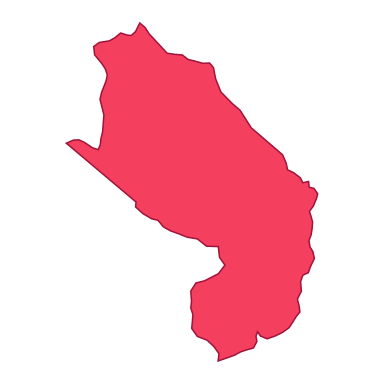 outline of Nerópolis, Goiás, Brazil
{"feature_id": "56859067B33063676533172", "entity_name": "Nerópolis", "entity_type": "district", "adm_level": 2, "iso_a3": "BRA", "parent_name": "Brazil", "parent_adm1": "Goiás", "projection": "albers", "projection_center": [-49.185, -16.43], "detail": "fine", "context": "isolated", "style": "filled", "palette": "rose", "viewbox_px": 384, "rotation_deg": 0, "n_neighbors": 0, "source": "geoboundaries", "source_scale": "gbopen_adm2", "svg_char_len": 1496}
<svg xmlns="http://www.w3.org/2000/svg" viewBox="0 0 384 384"><path d="M194.5,61.0L187.9,59.4L182.4,55.0L174.4,54.3L167.1,53.2L149.1,33.8L145.1,27.5L139.8,23.0L135.5,31.6L131.3,35.5L127.0,35.0L120.6,33.0L114.9,37.7L109.3,40.9L104.4,41.6L99.2,42.5L93.7,46.5L94.6,54.8L101.6,63.3L105.2,68.7L107.3,75.0L106.1,80.8L104.5,85.0L101.6,92.3L100.0,99.3L101.8,106.5L103.9,115.0L102.6,131.8L100.9,138.9L100.3,144.5L98.2,149.6L92.3,147.7L84.8,142.6L79.1,139.9L73.4,140.1L66.3,143.2L136.0,202.0L135.6,207.0L143.0,213.7L151.7,218.8L158.0,220.3L163.4,226.9L170.8,231.0L178.7,233.8L187.2,237.2L197.3,238.9L206.5,246.2L218.3,246.6L219.5,257.3L224.9,265.1L218.4,273.7L204.5,280.8L195.9,283.0L190.8,291.0L191.5,301.3L190.8,307.9L192.9,314.7L192.2,323.2L191.7,328.4L197.3,336.4L207.1,340.2L213.9,346.6L219.0,353.7L218.1,361.0L228.1,357.5L234.5,355.2L240.6,351.9L246.9,349.8L253.5,348.0L256.9,341.5L256.0,336.1L257.6,331.8L260.5,336.1L267.2,338.8L275.4,335.9L282.4,332.5L289.2,327.6L293.4,321.1L296.4,316.3L299.9,312.0L299.3,306.6L297.4,299.1L301.4,291.2L300.6,281.6L302.9,275.2L308.3,272.7L310.5,266.6L314.4,258.4L312.9,251.7L310.0,246.9L309.0,240.5L311.1,235.0L312.1,228.8L312.6,222.0L311.0,216.2L309.5,211.3L313.3,206.1L316.6,198.3L317.7,193.8L314.0,188.4L309.2,187.2L308.6,181.5L302.8,182.7L300.4,177.9L293.8,172.8L287.6,169.8L286.2,163.1L282.5,154.7L251.3,127.9L240.1,110.3L232.2,103.5L220.9,92.0L215.6,78.7L213.5,67.7L209.6,63.0L202.9,63.3L194.5,61.0Z" fill="#f43f5e" stroke="#9f1239" stroke-width="1.5"/></svg>